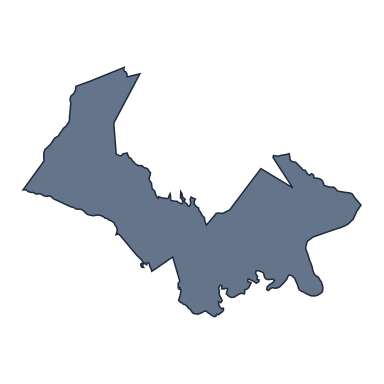 outline of Viana, Maranhão, Brazil
{"feature_id": "56859067B39245946718255", "entity_name": "Viana", "entity_type": "district", "adm_level": 2, "iso_a3": "BRA", "parent_name": "Brazil", "parent_adm1": "Maranhão", "projection": "robinson", "projection_center": [-44.985, -3.13], "detail": "fine", "context": "isolated", "style": "filled", "palette": "slate", "viewbox_px": 384, "rotation_deg": 0, "n_neighbors": 0, "source": "geoboundaries", "source_scale": "gbopen_adm2", "svg_char_len": 5019}
<svg xmlns="http://www.w3.org/2000/svg" viewBox="0 0 384 384"><path d="M361.0,205.1L355.4,198.5L353.6,196.2L352.2,193.9L350.7,193.2L348.9,192.8L346.6,192.5L344.2,192.2L342.4,191.9L340.0,191.5L337.3,190.9L335.7,188.8L333.9,187.2L332.2,187.1L329.6,187.1L327.6,186.5L326.0,186.1L323.8,185.1L323.5,183.0L322.2,180.5L320.2,179.1L318.5,178.4L316.4,178.1L314.0,178.0L313.6,175.1L311.6,173.6L309.9,175.1L308.2,174.7L306.8,172.9L305.3,170.3L302.6,169.8L301.5,168.1L299.9,166.6L297.7,164.3L296.4,163.0L295.2,162.0L293.5,162.1L291.2,161.0L290.0,159.5L289.7,156.3L289.1,153.6L286.3,154.5L283.0,155.0L280.9,155.4L278.1,156.2L276.2,156.0L273.5,155.5L273.0,157.3L274.2,159.3L277.1,163.8L292.7,187.8L260.9,168.6L242.0,193.6L234.5,203.5L229.7,209.9L222.7,213.4L218.6,213.1L216.3,213.3L214.8,215.2L206.4,225.1L205.4,222.7L204.7,220.5L204.5,217.8L202.9,216.1L201.6,214.5L200.9,212.9L200.0,211.5L198.9,210.2L198.6,207.9L196.4,206.9L195.6,205.4L194.2,204.2L194.2,201.5L195.4,199.0L193.1,198.2L191.1,197.0L190.1,199.5L190.5,201.3L190.5,204.3L189.3,206.3L187.9,205.8L186.8,203.8L185.2,202.8L184.1,200.9L185.2,199.5L183.8,198.0L182.2,196.5L182.1,194.0L180.7,191.7L180.6,194.1L180.6,195.9L180.5,198.0L181.8,199.1L182.6,200.7L182.6,203.3L180.8,203.7L178.8,202.6L177.2,201.3L175.1,201.2L173.2,200.9L171.2,200.5L170.4,198.6L170.7,196.6L170.1,193.6L169.0,195.8L168.7,197.6L167.5,198.6L165.9,198.4L163.3,198.0L161.2,197.7L158.9,196.6L158.1,198.4L157.1,197.1L156.0,195.6L155.3,193.0L154.6,190.9L153.3,189.9L151.9,187.8L151.8,185.9L151.5,183.1L149.4,180.2L149.1,178.1L150.2,175.2L150.5,172.6L148.7,170.7L147.7,168.9L145.7,167.9L143.8,167.6L142.2,165.8L140.1,165.4L138.6,165.8L136.8,164.6L135.3,164.1L134.2,162.3L132.7,161.2L131.1,158.5L128.8,157.2L127.8,155.0L127.2,153.0L125.6,153.3L123.3,153.7L121.2,155.8L119.3,155.6L116.2,154.2L115.9,150.4L113.8,123.4L114.9,120.9L127.2,97.8L139.9,73.8L127.2,76.9L126.9,73.7L125.8,71.9L124.2,71.1L123.7,69.1L124.2,67.4L108.8,73.6L94.7,79.3L90.0,81.2L75.9,86.3L75.3,91.0L73.6,93.6L71.1,95.9L70.2,98.0L70.1,100.4L70.9,103.8L70.4,106.2L70.4,108.2L70.1,110.3L69.9,113.5L69.5,116.2L69.5,118.5L69.2,121.4L68.0,123.1L66.0,126.2L64.5,127.4L63.3,128.4L61.7,131.1L60.2,132.8L58.6,135.6L57.3,136.6L55.7,137.5L54.4,138.5L52.9,140.8L50.3,144.6L48.3,146.4L47.0,147.8L45.0,149.4L43.9,152.6L43.7,154.7L43.8,157.8L43.9,161.2L33.4,175.6L23.0,189.9L25.2,189.8L26.7,190.2L27.9,191.5L30.8,192.4L33.5,192.5L35.2,193.6L36.6,194.2L38.3,193.7L40.7,194.0L43.8,195.8L46.6,196.3L50.3,196.0L51.7,197.2L54.1,199.1L70.6,206.7L74.0,207.6L75.4,208.7L77.0,209.2L78.7,209.1L80.2,209.2L82.3,209.9L84.4,211.5L85.7,213.1L87.6,214.5L90.8,215.3L93.7,215.8L95.8,215.2L97.8,215.1L99.4,215.2L101.1,215.7L103.2,216.6L105.0,218.1L107.2,218.5L109.2,220.2L111.2,220.8L112.6,221.8L114.0,222.6L115.1,225.4L116.5,226.8L117.1,229.3L116.9,231.9L116.0,234.7L118.3,234.0L120.4,235.7L127.4,244.1L131.0,248.5L136.7,255.2L139.0,257.5L141.5,259.9L143.8,263.1L146.7,264.8L146.8,262.8L148.4,262.8L149.5,264.3L149.8,266.5L151.1,268.6L151.7,271.3L154.9,269.3L172.7,257.0L179.8,281.2L178.1,283.3L178.2,285.9L178.2,287.8L179.9,287.7L179.1,289.2L180.6,289.4L181.0,291.6L180.3,293.8L180.1,295.8L179.4,297.6L178.6,300.4L180.2,302.2L181.8,302.8L183.1,304.1L185.3,304.7L187.7,307.0L188.6,308.4L190.3,309.3L191.7,311.7L193.4,313.5L196.2,314.0L198.4,314.1L201.9,312.7L204.6,311.1L206.2,311.1L207.6,312.5L209.3,313.6L211.0,314.7L213.7,316.6L215.8,316.4L216.6,314.2L218.6,314.7L220.4,313.2L221.9,312.2L223.5,310.4L223.4,308.2L221.7,308.7L220.3,307.5L218.8,304.7L218.4,301.7L220.7,302.7L222.2,300.7L220.6,297.4L219.6,295.6L219.2,292.9L219.4,290.6L218.6,288.2L220.2,285.2L222.0,285.9L221.6,288.8L224.0,289.0L225.9,288.2L227.7,289.0L227.1,291.0L226.2,293.7L228.5,296.0L230.3,297.1L232.2,297.4L234.1,297.2L238.7,294.3L241.0,293.3L242.8,293.5L244.2,294.0L244.8,292.4L244.6,290.0L246.7,289.2L248.6,287.8L250.2,284.8L251.0,282.7L249.4,282.1L247.6,281.6L248.1,279.1L249.7,279.4L251.2,280.4L253.7,281.3L256.2,283.2L258.5,282.0L259.2,280.1L257.0,279.2L257.5,276.3L255.6,273.5L256.2,270.8L258.2,270.7L262.0,272.0L263.6,273.3L264.4,276.8L265.6,278.7L267.1,279.5L268.7,279.6L270.7,279.4L273.0,279.0L274.4,280.5L272.8,282.6L271.2,283.6L269.1,284.9L267.2,286.8L266.7,289.6L268.3,290.6L270.2,288.9L272.1,287.6L274.3,288.2L276.3,288.1L278.2,287.7L280.0,286.6L281.2,285.4L283.1,283.5L286.6,279.6L287.9,276.5L289.0,275.1L291.1,275.3L294.4,277.9L295.8,281.0L296.9,283.4L297.7,285.4L298.6,288.4L299.4,289.9L301.1,291.1L303.0,291.8L305.3,293.1L307.3,294.2L310.7,295.7L312.3,295.9L315.3,295.9L317.7,295.2L319.6,294.0L321.6,292.7L322.5,291.3L322.9,288.1L322.4,285.0L321.2,281.6L320.1,280.3L319.3,278.7L318.3,277.0L315.8,275.7L314.4,274.2L313.2,271.4L312.5,269.0L312.1,266.6L311.3,264.4L310.3,261.8L309.5,260.2L308.9,257.9L307.3,252.9L305.7,248.8L305.8,246.5L307.3,241.4L312.9,237.1L329.0,231.4L342.0,227.1L347.6,224.5L353.2,219.2L356.7,211.5L361.0,205.1ZM143.8,263.1L142.2,263.2L140.8,263.9L140.9,265.7L141.9,267.3L143.7,267.4L142.4,265.3L143.8,263.1Z" fill="#64748b" stroke="#1e293b" stroke-width="1.5"/></svg>